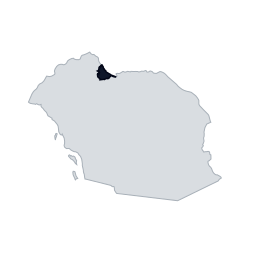 Ludewa, Njombe, United Republic of Tanzania (highlighted), rotated 154°
{"feature_id": "72390352B43391507115191", "entity_name": "Ludewa", "entity_type": "district", "adm_level": 2, "iso_a3": "TZA", "parent_name": "United Republic of Tanzania", "parent_adm1": "Njombe", "projection": "natural_earth1", "projection_center": [34.61, -10.023], "detail": "medium", "context": "in_parent", "style": "filled", "palette": "ink", "viewbox_px": 256, "rotation_deg": 154, "n_neighbors": 0, "source": "geoboundaries", "source_scale": "gbopen_adm2", "svg_char_len": 5259}
<svg xmlns="http://www.w3.org/2000/svg" viewBox="0 0 256 256"><g transform="rotate(154 128 128)"><path d="M100.5,177.6L98.2,176.3L96.2,175.4L94.5,174.5L93.7,173.6L92.1,173.2L90.7,173.1L89.4,172.2L86.8,171.9L86.5,171.3L86.5,170.1L86.0,169.7L85.1,169.4L84.0,169.4L83.4,169.6L83.0,169.5L82.2,168.8L81.4,167.8L81.1,166.3L79.9,165.4L78.5,164.6L74.7,164.7L74.1,164.5L73.2,163.7L72.1,162.4L71.2,161.0L70.5,159.1L69.7,156.4L65.2,145.9L64.8,144.0L63.9,141.8L62.5,139.1L61.0,137.1L59.0,135.2L56.7,133.4L55.4,132.2L53.0,127.3L52.5,125.0L52.2,122.6L52.3,121.6L53.8,118.5L53.9,117.7L53.8,116.5L53.0,114.0L52.1,111.1L50.2,105.6L49.9,104.3L50.0,103.2L51.1,97.7L51.0,96.9L55.5,97.0L58.7,94.6L61.5,91.0L62.0,89.5L63.2,87.2L64.3,86.1L64.7,85.3L65.4,82.9L66.8,81.4L68.3,80.2L68.0,79.3L68.2,79.0L69.0,78.4L70.5,77.8L70.8,76.6L70.8,75.3L70.5,74.5L70.6,73.6L70.4,73.1L69.4,73.0L67.9,72.3L66.6,72.0L65.8,71.6L65.5,71.3L65.3,70.5L66.0,68.4L65.3,67.5L66.9,64.0L67.2,63.6L67.7,63.6L68.6,63.2L69.4,63.0L70.1,63.1L70.6,63.0L71.0,62.6L71.4,61.4L71.7,59.4L71.5,57.8L70.9,56.6L70.7,54.7L71.0,52.1L70.8,50.0L70.1,48.3L69.4,47.3L68.3,46.8L66.5,44.2L66.0,43.0L66.1,42.2L66.7,41.9L67.8,42.0L68.8,41.7L69.8,41.0L70.7,40.8L71.2,40.9L115.3,40.9L166.8,74.1L167.0,74.5L167.4,77.4L167.3,78.3L166.6,80.0L166.3,80.9L166.3,81.5L166.5,81.7L167.2,81.8L167.8,82.2L168.0,82.5L168.4,83.7L169.0,84.3L188.5,100.7L189.0,100.9L188.7,102.3L187.6,105.6L187.5,107.0L187.1,108.6L186.6,109.7L185.5,114.3L184.6,116.1L183.3,120.2L183.1,123.3L183.8,125.5L184.0,127.6L185.5,129.6L186.7,130.3L187.5,131.2L189.0,133.3L189.8,135.4L192.4,136.5L193.4,138.8L193.0,140.5L191.8,141.8L190.7,144.0L189.8,146.9L189.8,151.3L190.4,150.6L191.7,151.7L191.9,154.9L190.5,158.7L190.0,160.4L190.0,162.0L191.0,166.5L192.5,168.8L192.4,169.5L192.0,170.1L194.6,174.1L194.4,177.7L195.4,180.4L195.8,182.8L196.5,184.6L196.6,185.9L195.8,187.3L197.7,187.6L198.8,188.8L199.4,189.9L200.8,189.8L201.5,190.6L202.6,191.2L205.0,193.0L205.7,194.0L206.1,194.9L199.4,200.7L197.0,202.2L195.3,202.8L193.4,203.2L191.7,204.1L190.0,205.6L187.9,206.3L185.4,206.3L182.7,207.3L178.4,210.3L176.0,208.6L174.0,208.1L171.8,208.2L170.4,208.4L170.0,208.7L169.5,209.8L169.2,211.4L167.7,213.0L165.1,214.6L162.8,215.2L160.6,214.8L159.2,214.1L158.4,213.2L157.3,212.8L155.8,212.9L154.4,213.5L153.0,214.7L150.8,215.2L147.9,215.1L146.3,214.5L146.1,213.5L144.8,212.3L142.4,211.0L140.6,211.0L139.5,212.2L138.4,213.1L137.5,213.4L136.7,213.4L135.5,213.1L132.2,212.9L129.1,213.0L128.8,211.1L128.1,210.0L127.5,209.3L126.5,209.1L126.2,208.6L125.8,207.5L125.3,206.5L124.6,205.7L124.2,204.9L124.0,204.2L124.1,203.4L124.8,201.5L125.0,200.2L124.9,198.9L124.6,197.5L123.8,195.8L123.9,195.4L123.6,194.3L123.6,193.5L123.8,192.5L123.6,191.2L123.0,188.5L123.0,187.8L122.3,186.5L120.2,183.3L120.1,182.9L116.9,179.8L115.6,179.1L115.1,179.7L114.9,180.2L115.1,181.2L115.0,181.7L114.9,182.0L114.1,181.9L113.6,181.8L112.4,181.0L111.4,180.7L109.0,180.9L108.2,181.1L107.5,180.9L106.3,179.5L104.8,179.2L103.5,179.1L101.3,177.4L100.5,177.6ZM192.8,125.0L193.8,128.5L193.7,129.1L192.9,129.5L192.5,129.6L192.1,129.0L191.7,127.8L191.2,128.1L190.2,126.7L189.2,126.6L188.4,125.0L188.7,123.5L188.5,121.1L189.6,119.8L190.1,117.6L190.8,119.1L191.0,121.4L191.9,124.1L192.8,125.0ZM198.0,104.4L198.1,105.2L197.9,106.0L197.9,108.4L197.8,110.1L197.0,112.3L196.3,113.1L195.8,112.9L195.3,112.5L194.9,111.9L195.7,107.8L195.3,104.7L196.8,105.0L198.0,104.4ZM195.7,154.4L194.9,154.6L194.6,154.4L194.2,153.7L195.0,153.1L195.8,152.0L197.6,150.3L198.5,149.0L198.3,150.3L197.3,153.1L196.4,153.3L195.7,154.4Z" fill="#d9dde1" stroke="#a8b0b8" stroke-width="1"/><path d="M116.7,179.6L118.1,181.0L120.2,183.3L120.3,183.8L121.7,185.7L122.0,186.4L122.6,187.1L122.7,187.3L122.7,187.5L123.2,188.3L123.2,188.5L123.2,188.8L122.9,189.2L123.0,189.5L123.3,189.8L123.6,190.5L123.5,190.8L123.6,191.3L123.5,191.5L123.8,191.9L123.8,192.3L123.7,192.8L123.5,194.2L123.6,194.8L123.8,194.6L124.0,194.7L123.9,194.9L124.0,195.1L123.9,195.3L123.7,195.6L123.6,195.9L123.7,196.0L124.0,195.9L124.1,196.0L124.2,195.8L124.4,195.9L124.5,196.1L125.2,196.0L125.4,195.8L125.5,195.6L126.4,195.3L126.3,195.2L126.6,194.5L126.9,194.5L127.0,194.7L127.1,195.3L127.6,194.9L127.8,194.7L127.9,194.2L128.2,194.0L128.4,193.6L128.7,193.5L129.0,192.8L129.2,192.7L129.2,192.4L129.4,192.5L129.6,192.3L129.8,192.4L129.6,191.9L129.6,192.2L129.5,191.9L129.6,191.5L129.8,191.6L129.4,191.0L129.5,190.9L129.4,190.6L129.5,190.6L129.5,190.4L129.8,190.3L129.9,190.2L130.1,190.3L130.2,190.2L130.2,189.9L130.4,190.0L130.5,189.7L130.6,190.1L130.8,190.0L131.0,190.1L131.4,189.9L131.2,189.7L131.4,189.5L131.6,189.6L131.5,189.9L131.6,190.0L131.7,189.9L132.1,189.2L132.2,188.8L132.3,188.6L132.6,187.7L132.7,187.0L132.4,186.6L132.4,186.3L132.3,186.2L132.0,185.9L132.0,185.6L132.0,185.4L132.1,185.0L132.1,184.6L131.7,184.4L131.7,184.2L131.1,183.6L131.5,183.4L128.5,182.4L127.9,181.9L127.2,182.1L126.6,181.9L126.0,182.2L125.8,182.2L125.7,182.1L125.6,181.9L125.3,181.9L124.7,181.6L124.6,181.2L124.4,181.1L123.5,181.4L123.3,181.5L123.1,181.5L122.8,181.3L122.3,181.8L121.9,182.0L121.3,182.0L121.0,182.2L120.9,182.1L120.4,182.5L120.1,182.5L119.6,182.1L119.1,181.1L118.6,180.6L117.4,179.6L117.0,179.3L116.9,179.3L116.8,179.5L116.7,179.6Z" fill="#0f172a" stroke="#020617" stroke-width="1.5"/></g></svg>